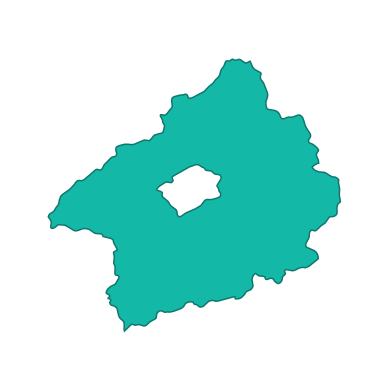 Středočeský, Mercator projection, rotated 347°
{"feature_id": "CZE-1596", "entity_name": "Středočeský", "entity_type": "Region", "adm_level": 1, "iso_a3": "CZE", "parent_name": "Czechia", "parent_adm1": "", "projection": "mercator", "projection_center": [14.499, 50.046], "detail": "fine", "context": "isolated", "style": "filled", "palette": "teal", "viewbox_px": 384, "rotation_deg": 347, "n_neighbors": 0, "source": "natural_earth", "source_scale": "10m", "svg_char_len": 6033}
<svg xmlns="http://www.w3.org/2000/svg" viewBox="0 0 384 384"><g transform="rotate(347 192 192)"><path d="M334.7,229.5L334.6,233.6L334.4,234.7L333.9,235.3L332.0,236.1L330.5,237.9L329.6,240.0L328.8,244.4L328.5,245.3L328.0,246.1L327.2,246.8L326.0,247.4L324.1,247.7L320.6,247.2L319.7,247.7L314.8,252.1L310.0,254.0L304.3,257.4L303.1,257.5L302.4,257.3L300.7,256.2L299.9,256.1L298.8,256.5L297.6,257.7L297.2,258.5L296.1,262.0L295.0,263.7L291.8,267.3L291.2,268.5L290.7,270.1L291.0,271.0L291.6,271.9L297.9,276.6L298.7,277.5L299.4,278.6L300.1,280.5L300.4,282.8L300.1,285.4L289.2,290.7L285.3,291.3L283.0,290.3L279.0,290.2L275.7,291.2L273.8,291.4L272.3,291.4L266.8,288.9L265.0,289.0L264.4,289.9L264.3,290.4L264.7,292.2L264.6,292.8L264.2,293.2L261.5,294.7L261.1,295.1L260.7,295.9L260.1,297.6L259.5,298.6L257.9,300.1L255.8,300.7L254.6,300.1L253.2,298.7L252.6,297.8L251.4,294.8L250.5,294.2L248.8,293.6L246.2,294.1L244.8,294.0L244.1,293.5L243.9,291.6L243.5,290.8L242.7,290.1L238.6,288.9L237.9,288.4L235.7,285.8L235.1,285.7L234.5,285.9L232.8,287.4L231.7,288.8L230.9,290.5L230.7,291.8L230.3,297.4L229.4,298.7L227.5,300.3L223.0,301.2L222.1,301.7L220.0,303.8L216.7,305.8L215.2,306.3L213.7,306.5L210.4,306.0L210.2,305.7L210.1,305.2L210.3,303.9L208.6,303.5L193.2,304.1L190.6,303.8L188.3,302.5L186.4,302.0L183.6,302.3L177.1,306.0L174.6,306.1L173.6,305.6L172.9,305.1L171.4,302.9L170.9,302.6L169.3,302.1L168.7,301.2L168.2,299.8L167.8,299.3L165.4,298.5L163.2,298.5L160.8,299.0L157.8,301.9L155.0,303.1L146.9,304.1L143.2,304.0L141.4,303.4L138.9,303.1L138.1,302.9L136.4,301.5L135.0,300.8L133.9,300.6L132.9,300.8L131.4,301.7L130.5,302.4L129.8,303.9L129.0,306.3L128.2,307.1L121.5,309.2L117.3,311.6L115.8,311.8L114.7,311.6L111.4,309.6L109.7,309.1L106.8,309.0L106.0,308.7L104.4,307.6L103.7,307.4L102.9,307.5L94.9,312.3L94.9,310.3L95.9,307.1L96.3,305.1L96.3,303.8L96.0,302.3L93.7,299.2L93.3,298.3L92.9,297.0L92.7,294.8L92.8,289.5L92.6,288.3L92.0,287.2L90.8,285.8L87.9,284.1L87.3,283.3L87.0,281.7L87.1,280.9L88.3,279.6L88.6,279.1L88.5,278.6L88.1,278.0L86.3,276.9L86.3,276.6L88.3,275.2L88.5,274.6L88.3,273.9L86.2,271.9L85.7,271.1L86.0,270.1L86.8,269.0L88.4,267.4L90.0,266.5L91.7,265.7L95.8,264.7L96.9,264.2L101.4,259.3L101.8,258.4L101.8,257.7L101.4,257.0L98.8,255.6L98.6,255.0L98.6,253.7L100.2,247.9L100.3,246.8L99.8,244.6L99.8,243.3L101.6,238.3L101.8,236.5L101.8,233.7L102.4,232.7L104.9,232.2L105.8,231.7L105.9,231.3L106.0,230.7L105.9,229.7L104.3,224.0L104.3,222.2L104.5,221.4L103.9,220.4L102.7,219.1L95.4,215.4L95.0,213.5L94.4,212.7L93.6,212.2L88.9,210.8L88.1,210.3L87.2,209.5L83.6,205.5L80.9,204.0L78.3,203.3L76.9,203.2L72.0,203.9L69.5,203.6L68.2,202.8L61.5,196.3L59.1,195.1L56.8,194.6L55.0,193.9L53.5,194.1L50.7,195.6L49.2,196.0L47.7,196.0L47.0,195.7L46.5,195.0L46.5,194.1L48.0,190.3L48.1,189.2L48.0,188.2L46.4,183.9L47.8,181.8L49.6,180.9L51.7,180.3L53.1,179.6L56.6,176.1L58.2,175.0L59.6,173.3L60.9,170.1L62.8,167.1L63.5,166.3L65.2,165.3L73.3,162.0L79.2,158.1L80.5,156.7L82.0,155.7L83.2,155.3L84.7,155.3L87.0,156.2L87.7,156.2L90.1,155.5L103.3,148.6L104.5,148.5L107.6,150.1L108.6,149.9L110.1,148.7L112.6,145.7L120.8,140.5L122.1,140.0L125.2,140.0L126.2,139.6L127.1,138.3L127.3,137.5L127.2,134.5L127.4,133.3L127.7,132.3L128.3,131.4L129.4,130.9L131.0,130.5L136.8,130.3L140.2,131.0L143.5,132.2L146.3,132.5L157.2,130.6L161.7,132.3L163.4,131.7L167.6,128.4L168.7,128.1L172.6,127.8L175.0,127.9L176.1,127.7L177.2,127.1L178.3,125.4L179.1,123.4L180.0,121.9L180.1,121.4L180.1,120.6L179.2,117.6L179.4,115.5L179.3,114.6L178.3,111.0L178.4,110.1L178.9,109.7L180.0,109.9L181.9,110.8L183.3,111.0L185.3,110.0L189.4,106.6L191.4,105.3L192.3,102.7L192.5,99.5L192.8,97.8L193.7,96.2L194.7,95.5L196.2,95.1L202.4,94.9L205.0,95.4L207.1,95.2L208.1,95.4L208.7,95.7L209.0,96.2L209.3,96.8L209.5,98.7L210.0,99.8L210.4,100.1L211.6,100.3L214.0,100.1L226.4,96.8L232.1,93.1L237.1,90.6L240.0,88.1L243.4,86.1L244.5,85.1L245.5,83.8L247.5,80.1L248.4,79.1L251.3,76.6L254.2,72.4L254.9,72.1L255.7,72.1L257.0,72.7L258.2,72.7L260.8,71.7L261.7,71.9L263.1,73.0L264.2,73.5L267.5,73.3L268.2,73.5L269.0,74.0L272.4,77.9L273.5,78.3L274.4,78.5L278.0,77.6L279.2,84.0L280.7,86.7L285.6,91.1L285.9,91.9L285.8,92.8L284.8,94.3L284.4,95.5L284.3,97.2L284.7,98.5L285.6,100.2L286.3,102.2L287.6,111.0L287.7,113.1L287.5,114.9L287.0,116.1L285.8,118.3L284.6,119.9L283.8,122.7L283.6,125.9L283.8,127.4L284.1,128.2L291.3,131.4L293.1,132.8L294.3,134.7L294.8,136.4L295.2,138.9L295.6,140.1L296.4,140.9L298.2,141.3L301.7,140.7L303.0,140.8L306.8,141.7L312.5,140.9L313.5,141.0L314.4,141.4L315.5,142.5L316.2,143.7L316.6,144.9L317.1,148.6L317.1,151.6L317.4,153.4L318.0,155.7L320.2,161.8L320.4,163.0L320.0,164.5L319.4,165.4L317.2,167.7L317.0,168.4L316.9,169.5L317.6,170.7L319.9,172.2L322.3,174.9L324.1,177.6L324.6,178.9L324.7,179.8L324.3,180.4L322.0,182.7L321.7,183.3L321.5,184.0L321.5,185.2L322.3,189.4L321.9,192.4L320.7,192.4L317.9,193.1L315.3,194.3L314.6,195.4L316.2,197.9L317.2,199.0L320.5,201.1L325.2,202.6L326.2,203.2L331.2,208.1L332.3,208.9L334.2,209.4L335.1,209.9L336.1,210.8L337.4,212.3L337.6,213.4L336.8,215.9L336.6,221.1L336.5,222.3L334.9,227.8L334.7,229.5ZM210.3,203.8L215.4,203.5L218.5,202.8L219.3,201.2L219.5,200.2L219.5,199.7L218.5,197.0L218.7,195.1L218.6,194.4L217.7,192.1L217.7,191.7L218.3,190.7L222.1,186.9L223.3,185.3L223.6,184.5L223.7,183.9L223.5,182.8L222.9,181.7L222.1,181.1L219.2,180.1L218.2,179.6L217.3,178.5L215.9,176.2L215.4,175.8L210.6,174.1L210.0,173.2L209.5,171.8L208.9,171.0L207.2,169.8L205.0,167.4L204.2,166.9L201.9,166.2L195.0,167.0L176.8,172.4L176.2,172.8L175.9,173.4L175.8,174.1L176.2,176.3L176.0,176.9L175.4,177.5L174.6,178.0L173.8,178.2L173.2,178.0L169.7,176.6L168.1,176.6L161.5,179.0L158.9,180.6L158.4,181.3L158.3,181.9L159.0,182.8L161.5,184.4L162.7,185.5L162.9,185.9L162.8,186.4L162.0,188.8L162.1,189.9L166.3,195.5L167.0,196.9L167.7,199.4L168.3,200.7L172.4,205.6L172.9,207.2L172.6,210.8L172.8,212.0L173.6,212.9L175.5,213.4L181.4,211.0L191.3,209.2L197.5,207.2L198.3,206.7L200.4,204.8L202.6,203.1L204.0,202.7L205.3,202.7L207.9,203.5L210.3,203.8Z" fill="#14b8a6" stroke="#0f766e" stroke-width="1.5"/></g></svg>